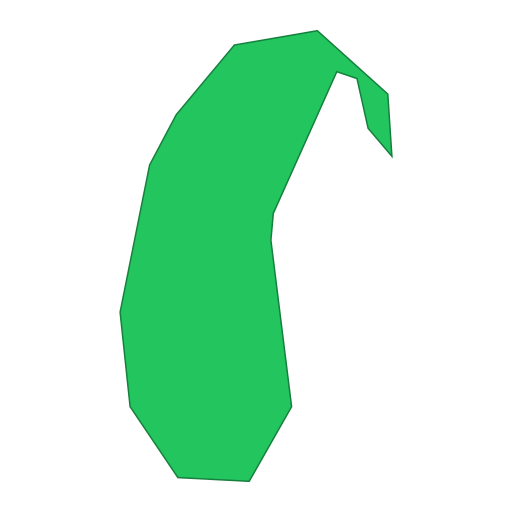 Palmerston, Robinson projection
{"feature_id": "COK-4956", "entity_name": "Palmerston", "entity_type": "state/province", "adm_level": 1, "iso_a3": "COK", "parent_name": "Cook Islands", "parent_adm1": "", "projection": "robinson", "projection_center": [-159.781, -18.858], "detail": "fine", "context": "isolated", "style": "filled", "palette": "green", "viewbox_px": 512, "rotation_deg": 0, "n_neighbors": 0, "source": "natural_earth", "source_scale": "10m", "svg_char_len": 330}
<svg xmlns="http://www.w3.org/2000/svg" viewBox="0 0 512 512"><path d="M234.4,45.0L317.3,30.7L387.8,94.1L391.9,156.3L368.1,128.3L357.0,78.6L336.8,71.7L273.3,213.4L270.9,240.2L291.6,406.7L249.2,481.3L177.9,477.6L130.1,406.7L120.1,312.2L149.6,165.0L176.3,114.6L234.4,45.0Z" fill="#22c55e" stroke="#15803d" stroke-width="1.5"/></svg>